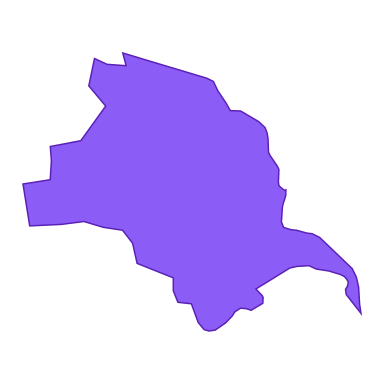 the border of Jekabpils
{"feature_id": "LVA-5725", "entity_name": "Jekabpils", "entity_type": "Municipality", "adm_level": 1, "iso_a3": "LVA", "parent_name": "Latvia", "parent_adm1": "", "projection": "robinson", "projection_center": [26.096, 56.281], "detail": "fine", "context": "isolated", "style": "filled", "palette": "violet", "viewbox_px": 384, "rotation_deg": 0, "n_neighbors": 0, "source": "natural_earth", "source_scale": "10m", "svg_char_len": 1169}
<svg xmlns="http://www.w3.org/2000/svg" viewBox="0 0 384 384"><path d="M230.3,110.6L240.6,111.0L258.8,121.7L265.0,127.5L267.0,132.7L268.0,138.5L268.5,152.1L270.1,155.5L277.3,166.1L278.9,169.5L278.4,182.1L278.9,185.5L280.3,187.0L282.7,189.0L285.0,190.4L285.9,189.9L285.8,195.2L284.5,199.8L283.1,203.8L282.4,207.2L281.4,221.9L283.7,227.5L291.1,229.7L296.8,230.3L306.9,233.1L312.1,233.7L319.6,237.4L338.2,255.2L352.2,268.6L356.4,277.2L358.6,287.0L359.6,304.1L361.0,313.4L346.2,294.5L345.5,289.3L347.3,286.5L348.4,282.3L346.8,279.4L344.5,276.6L340.4,274.5L328.8,271.0L316.1,269.0L309.0,265.7L297.0,266.4L289.9,268.0L255.9,289.0L262.2,295.6L263.1,297.4L262.8,303.3L251.1,310.3L246.6,308.7L240.5,308.2L234.9,311.8L232.3,315.9L225.6,322.9L215.2,330.1L208.8,331.0L204.1,329.6L198.2,322.5L191.4,303.8L177.9,302.3L173.3,290.8L173.3,277.8L158.6,272.0L137.1,263.4L132.6,243.2L122.5,230.2L103.2,227.3L84.0,221.5L61.4,224.4L29.7,225.9L23.0,184.0L50.2,179.7L51.4,160.9L50.3,146.5L80.8,140.7L105.7,106.1L88.8,85.9L94.5,58.5L106.9,64.3L126.1,65.7L122.8,53.0L147.7,60.5L207.3,78.4L213.4,81.5L217.9,90.9L226.1,103.1L230.3,110.6Z" fill="#8b5cf6" stroke="#5b21b6" stroke-width="1.5"/></svg>